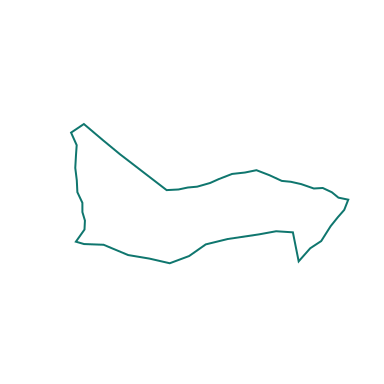 outline of Duas Estradas, Paraíba, Brazil, rotated 325°
{"feature_id": "56859067B33614214723351", "entity_name": "Duas Estradas", "entity_type": "district", "adm_level": 2, "iso_a3": "BRA", "parent_name": "Brazil", "parent_adm1": "Paraíba", "projection": "mercator", "projection_center": [-35.391, -6.717], "detail": "fine", "context": "isolated", "style": "outline", "palette": "teal", "viewbox_px": 384, "rotation_deg": 325, "n_neighbors": 0, "source": "geoboundaries", "source_scale": "gbopen_adm2", "svg_char_len": 753}
<svg xmlns="http://www.w3.org/2000/svg" viewBox="0 0 384 384"><g transform="rotate(325 192 192)"><path d="M269.7,306.3L286.0,299.5L297.0,296.3L306.4,294.0L315.6,287.9L308.7,280.6L306.4,272.4L301.4,263.7L293.8,259.0L286.0,248.2L278.8,240.3L271.9,234.4L265.1,222.7L257.3,211.1L246.5,206.4L235.2,200.2L221.4,196.8L212.0,195.0L199.3,190.6L191.1,185.9L182.4,182.2L172.3,175.9L154.6,119.6L148.8,98.6L142.4,74.3L127.0,74.0L124.4,87.5L118.0,95.4L110.2,105.3L104.3,116.4L98.0,126.4L96.0,138.0L90.7,145.6L87.9,154.0L82.4,161.1L68.4,166.1L73.7,172.7L89.3,184.5L103.5,207.0L118.9,222.1L132.9,237.6L152.9,242.8L173.2,242.8L194.3,251.0L222.5,265.1L238.4,272.4L251.5,282.9L239.6,310.0L256.6,305.9L269.7,306.3Z" fill="none" stroke="#0f766e" stroke-width="2"/></g></svg>